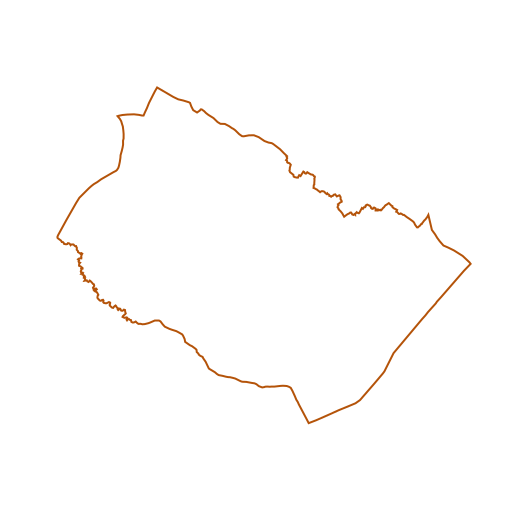 outline of Bati, Takêv, Cambodia, rotated 210°
{"feature_id": "14789045B57652846304947", "entity_name": "Bati", "entity_type": "district", "adm_level": 2, "iso_a3": "KHM", "parent_name": "Cambodia", "parent_adm1": "Takêv", "projection": "mercator", "projection_center": [104.831, 11.274], "detail": "fine", "context": "isolated", "style": "outline", "palette": "amber", "viewbox_px": 512, "rotation_deg": 210, "n_neighbors": 0, "source": "geoboundaries", "source_scale": "gbopen_adm2", "svg_char_len": 6146}
<svg xmlns="http://www.w3.org/2000/svg" viewBox="0 0 512 512"><g transform="rotate(210 256 256)"><path d="M66.2,356.5L68.1,357.3L77.1,359.4L87.4,359.8L93.6,359.4L98.9,358.8L104.2,360.6L108.1,362.3L111.7,364.3L116.7,366.5L127.3,377.8L127.2,375.5L127.6,372.2L128.0,371.1L128.2,369.7L128.3,368.6L128.5,367.6L128.4,366.7L129.0,366.1L129.1,364.7L129.4,363.6L129.8,362.9L130.1,361.7L130.9,361.3L134.0,362.7L135.4,363.7L136.4,364.2L137.8,364.5L141.6,364.9L144.9,365.1L148.4,365.6L149.1,365.1L151.0,365.3L152.0,365.2L152.4,364.4L153.4,363.9L155.9,364.7L156.7,364.5L156.8,365.4L156.8,366.4L158.2,366.4L160.0,366.2L162.2,366.5L162.8,367.4L163.9,367.3L167.4,368.2L168.2,366.6L168.6,365.6L169.2,364.8L169.4,363.9L169.5,362.9L169.6,362.1L170.0,361.1L170.3,358.8L170.6,358.0L171.4,358.2L172.0,357.4L173.1,357.4L173.2,356.5L174.1,356.8L174.2,355.8L175.2,355.2L175.6,355.8L176.2,357.0L177.7,357.1L178.4,356.6L178.3,355.5L178.9,354.9L180.4,355.1L181.0,355.8L181.8,356.1L182.6,356.5L183.9,356.2L185.2,356.2L185.8,355.6L186.3,354.5L185.8,353.9L185.9,352.8L186.9,352.2L187.0,350.3L188.3,350.5L188.1,345.2L188.3,344.4L189.2,344.3L189.9,344.0L190.7,344.3L191.2,342.2L190.7,341.3L191.7,341.5L192.1,340.3L193.4,340.1L194.3,340.7L195.4,341.2L196.1,340.8L196.5,339.6L197.6,338.0L198.1,337.0L199.3,334.1L201.7,335.5L202.4,336.0L205.0,337.0L207.8,337.7L208.3,338.4L209.7,338.9L210.1,340.1L210.0,341.3L210.9,341.8L210.5,342.6L209.9,344.3L208.9,345.9L209.7,346.8L210.5,347.1L211.3,347.6L211.7,348.5L212.2,349.3L214.0,350.3L214.8,349.5L215.2,348.8L215.8,348.0L218.2,349.0L219.4,347.8L219.3,347.0L219.7,346.3L220.4,345.7L220.6,344.9L221.7,345.1L222.5,344.7L223.1,345.5L224.0,345.7L224.7,345.4L225.6,345.9L225.8,345.0L227.4,345.2L228.6,345.7L229.4,345.8L230.5,345.5L231.4,345.1L232.0,344.3L232.4,343.3L234.6,343.7L235.4,343.7L236.4,344.0L237.2,343.9L239.2,343.9L240.2,343.7L240.6,344.6L241.4,346.2L241.3,347.2L241.8,347.9L243.5,351.4L244.1,351.9L244.3,353.2L244.8,354.2L245.7,354.1L246.8,354.6L247.6,354.7L249.2,354.1L252.0,354.1L253.5,354.2L253.7,352.6L254.4,352.1L255.3,352.2L256.2,352.8L257.2,352.8L257.4,347.5L259.0,347.6L259.0,345.9L258.8,344.9L260.1,344.2L260.9,344.0L261.7,343.7L263.0,343.6L263.6,344.2L264.2,345.0L268.4,345.6L269.8,346.7L269.9,347.5L270.9,349.5L271.5,352.4L273.1,353.0L274.0,353.0L275.0,352.6L275.8,352.7L276.3,353.5L277.0,354.1L277.9,354.1L277.8,355.5L277.9,356.4L279.3,357.3L279.1,358.0L283.3,359.0L288.6,360.5L297.3,361.6L298.8,361.6L301.9,360.5L306.2,359.8L313.1,360.3L318.2,359.5L322.4,357.0L326.5,353.5L328.0,352.8L331.4,353.1L336.8,354.5L339.2,354.8L340.6,354.7L344.3,355.0L349.0,354.8L352.9,352.7L356.3,352.8L361.8,354.2L367.8,354.4L370.8,354.8L373.3,355.5L376.3,355.8L377.2,355.3L377.3,354.0L378.8,350.8L383.3,350.9L386.7,353.1L389.7,355.6L391.0,355.6L396.7,354.3L401.7,352.8L407.2,352.4L425.9,352.5L425.9,351.7L425.9,348.1L425.7,344.1L425.2,335.1L424.4,329.5L424.0,324.7L423.6,321.4L424.8,320.7L427.9,319.7L432.5,317.7L438.1,314.2L442.2,311.3L445.0,308.8L445.8,307.9L442.5,306.7L440.1,305.3L438.0,303.3L436.1,301.6L433.6,298.3L431.6,295.4L429.4,291.5L428.8,289.4L426.8,286.0L425.8,283.3L424.7,279.6L423.7,275.6L422.5,273.2L421.0,269.4L419.8,265.7L419.3,263.6L419.4,261.1L419.9,259.6L421.4,257.3L428.5,245.0L430.4,240.7L432.4,237.1L433.5,234.4L434.6,231.1L438.1,218.1L438.3,212.1L438.2,192.3L437.8,174.8L437.5,173.1L436.7,172.3L432.4,171.8L431.2,171.0L430.0,171.5L428.9,171.1L428.2,170.5L427.4,170.8L426.3,171.2L425.4,172.0L425.3,173.1L424.0,173.5L422.8,173.2L422.0,172.7L421.8,173.5L421.0,174.1L419.8,174.7L418.6,174.3L417.4,174.1L416.7,174.6L416.1,174.0L415.3,173.6L414.4,171.8L412.6,171.2L412.1,170.4L411.0,170.3L410.0,170.5L409.2,170.1L408.6,171.2L407.6,171.1L407.7,170.0L407.3,169.0L407.2,168.2L406.5,167.5L406.1,166.6L407.1,166.1L408.0,165.3L408.5,164.1L407.0,163.7L406.9,162.5L406.2,162.0L405.0,162.2L405.2,160.8L404.4,159.1L402.6,159.3L401.6,159.0L400.4,159.0L399.9,158.4L400.9,157.5L400.3,157.0L400.1,155.1L399.3,154.4L398.4,154.7L398.4,153.4L397.2,154.4L396.9,153.1L394.8,153.2L393.9,152.6L394.8,152.1L394.3,151.2L393.7,151.8L392.8,150.9L392.2,150.2L392.2,148.8L390.4,150.3L389.4,149.7L388.0,149.8L387.7,151.6L386.7,151.5L384.4,150.8L383.2,150.3L382.2,150.4L381.2,149.3L381.2,148.0L381.3,147.0L380.3,146.2L378.2,147.9L377.2,147.5L377.5,146.5L378.4,145.9L378.8,145.1L377.4,144.9L376.4,145.1L375.5,145.0L373.1,143.5L373.2,142.2L372.5,140.6L371.8,140.1L370.9,139.9L369.3,139.4L368.4,139.4L367.6,140.1L367.3,141.0L366.5,141.6L365.7,141.1L365.3,139.7L364.4,139.3L362.7,139.8L361.9,140.3L361.0,141.5L360.3,142.6L359.0,142.7L358.4,141.5L358.4,140.7L357.9,140.0L355.0,139.3L353.8,139.6L353.6,141.1L353.3,142.1L352.9,142.9L351.9,142.6L351.0,141.9L349.6,141.7L349.1,140.6L348.3,140.3L348.0,141.1L348.1,142.1L347.2,142.4L345.5,141.3L344.5,141.6L343.9,142.4L343.6,143.5L342.4,143.7L341.8,142.8L340.9,141.8L340.1,141.2L340.2,140.2L340.6,139.4L340.8,138.4L341.2,137.3L341.1,136.5L339.5,136.6L338.8,136.8L337.5,138.1L336.7,138.2L336.4,137.3L336.3,136.2L335.5,135.8L335.2,137.4L334.5,137.9L333.3,137.6L332.3,138.0L330.9,136.6L329.3,136.8L328.2,137.8L327.4,139.1L326.1,138.7L323.9,138.4L322.2,139.5L320.2,140.1L318.3,141.4L315.7,143.9L314.6,145.2L311.4,149.5L307.8,151.6L306.0,151.6L302.7,150.2L299.6,149.2L294.6,149.6L291.9,150.1L287.4,151.1L284.5,151.2L280.7,151.2L279.3,150.5L276.3,148.4L274.4,146.2L268.6,145.7L266.3,145.9L261.9,145.4L260.6,145.0L259.3,143.2L257.1,142.7L256.3,142.0L254.4,141.7L251.8,141.9L250.5,141.0L246.7,139.2L240.6,135.0L239.5,134.9L233.5,134.8L230.9,134.3L228.8,134.2L225.0,135.5L221.8,136.4L219.5,137.2L218.0,138.0L215.0,138.9L212.7,139.5L206.6,139.9L205.1,140.2L201.5,142.1L196.1,144.0L193.6,145.0L191.5,145.2L188.5,144.7L184.9,145.3L183.2,146.7L182.7,147.4L180.9,148.6L178.8,149.6L177.2,150.7L174.9,152.0L169.9,155.7L167.8,157.1L165.8,158.1L164.3,158.8L162.2,159.2L160.0,159.2L157.0,157.4L152.2,154.0L149.2,151.7L146.9,150.5L144.7,148.9L129.1,139.1L126.8,137.6L121.8,143.8L113.0,155.8L107.2,163.9L100.0,173.2L96.2,178.2L93.9,183.2L89.7,204.9L87.4,217.7L87.1,220.3L88.3,240.7L80.6,284.5L79.6,289.2L79.0,293.5L76.6,304.8L76.5,306.8L75.1,313.3L68.5,347.2L66.2,356.5Z" fill="none" stroke="#b45309" stroke-width="2"/></g></svg>